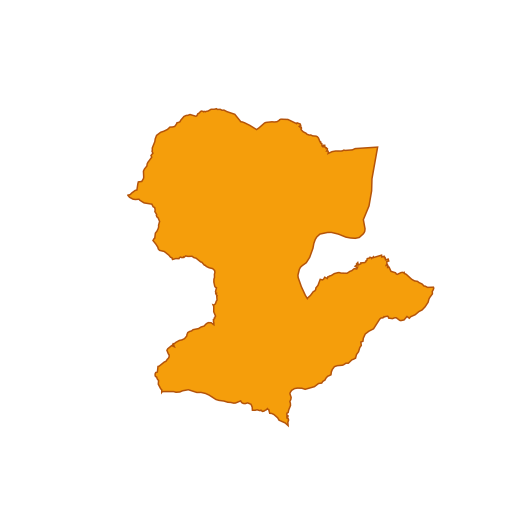 Bicaz, Neamt, Romania, rotated 45°
{"feature_id": "2599482B9857153102681", "entity_name": "Bicaz", "entity_type": "district", "adm_level": 2, "iso_a3": "ROU", "parent_name": "Romania", "parent_adm1": "Neamt", "projection": "orthographic", "projection_center": [26.06, 46.951], "detail": "fine", "context": "isolated", "style": "filled", "palette": "amber", "viewbox_px": 512, "rotation_deg": 45, "n_neighbors": 0, "source": "geoboundaries", "source_scale": "gbopen_adm2", "svg_char_len": 6169}
<svg xmlns="http://www.w3.org/2000/svg" viewBox="0 0 512 512"><g transform="rotate(45 256 256)"><path d="M398.6,353.2L396.2,351.2L395.0,348.9L393.6,348.2L392.6,348.7L392.2,348.5L391.5,347.8L392.2,347.2L391.8,346.4L390.3,346.7L389.0,345.3L389.4,343.9L388.0,341.8L386.1,337.3L384.3,335.7L382.9,335.1L382.0,332.7L380.8,331.1L377.3,329.4L376.7,328.3L376.2,325.8L377.0,322.5L378.8,320.0L381.9,317.1L385.0,315.5L389.7,307.1L390.4,301.9L392.3,299.4L391.9,297.5L392.5,294.8L391.9,293.3L391.7,290.5L393.0,287.0L390.9,284.2L390.9,283.7L390.2,282.4L389.7,278.8L391.0,276.1L394.2,272.3L394.8,271.1L395.4,268.2L397.1,266.5L397.2,261.7L398.2,259.4L398.2,258.6L398.7,258.0L396.7,254.6L396.2,251.2L394.1,247.3L393.7,244.8L391.0,242.7L391.9,240.7L390.0,238.2L388.4,233.9L389.0,229.3L390.6,224.4L388.1,213.1L388.3,211.3L389.5,210.0L389.4,208.4L390.1,208.1L390.1,207.6L391.6,205.5L392.3,205.4L393.7,206.1L396.8,203.8L397.7,201.7L398.8,200.5L403.1,199.9L404.1,199.3L405.9,196.5L405.5,192.0L408.4,191.6L408.3,189.6L410.1,184.9L410.5,180.0L411.6,176.7L411.5,172.4L410.4,167.0L408.8,164.3L408.2,162.5L407.5,158.0L405.7,156.4L405.2,154.5L404.4,153.0L403.5,152.6L399.5,156.9L396.9,157.7L396.2,158.4L393.1,158.4L389.8,159.6L388.2,159.7L385.7,161.5L382.5,162.4L375.2,162.7L373.4,163.4L372.5,162.9L372.5,163.4L371.4,163.7L370.3,165.1L368.9,169.1L368.0,169.5L366.5,169.2L362.3,171.4L358.0,169.8L357.2,171.1L356.2,170.2L356.4,169.7L355.1,169.2L354.6,170.4L353.9,168.8L352.4,167.4L353.4,165.7L351.6,164.7L350.3,167.1L348.6,165.9L348.3,165.8L348.0,166.3L346.8,165.6L345.7,167.7L344.2,166.6L340.2,174.0L339.6,173.6L339.5,175.8L339.0,175.5L337.5,176.3L337.8,177.0L336.5,179.2L337.4,180.5L337.2,181.7L337.7,182.2L337.5,183.8L335.0,186.8L335.6,187.3L334.7,190.0L332.6,188.7L332.7,190.6L333.7,191.0L333.3,193.2L335.1,192.9L335.7,192.1L336.4,193.9L334.4,195.5L334.1,198.7L333.3,200.3L332.6,203.8L328.2,208.0L326.5,208.9L325.8,209.7L323.8,213.1L323.0,216.7L322.0,218.4L322.2,219.2L321.5,219.9L322.3,221.5L319.6,222.4L320.2,224.6L319.9,225.9L317.9,227.1L320.6,233.0L320.9,236.2L322.0,237.6L322.2,239.4L321.7,240.6L322.4,245.4L322.2,248.9L322.4,249.8L318.9,249.0L309.7,245.6L301.0,241.4L299.2,239.9L296.1,234.8L295.4,232.5L295.5,230.1L296.3,225.2L294.9,219.0L290.8,210.3L288.0,206.2L286.2,202.4L285.5,199.5L285.7,195.3L289.9,188.8L292.6,186.0L298.7,182.3L306.2,179.1L310.0,176.5L313.7,173.3L315.9,169.9L316.2,164.6L315.9,162.9L315.4,161.6L313.9,159.7L306.2,154.4L300.5,140.7L291.7,128.2L283.4,119.4L265.0,93.0L250.2,109.9L249.1,112.8L244.6,118.1L243.2,119.1L242.8,120.5L241.8,121.8L238.1,125.4L236.0,128.4L234.5,132.5L234.1,131.7L232.8,130.9L231.7,131.8L231.5,130.8L230.7,129.7L229.8,129.8L229.5,130.3L229.1,129.8L227.6,130.3L226.3,129.1L225.4,130.0L225.6,130.3L226.3,130.2L226.6,130.9L226.1,131.5L224.8,131.5L223.0,130.0L221.9,130.4L221.0,129.6L220.5,130.0L216.7,128.4L215.0,128.3L213.7,128.8L211.1,131.0L209.2,131.7L208.1,132.9L205.8,133.9L204.6,133.8L201.5,134.8L199.2,134.8L197.9,134.4L197.8,133.5L196.9,132.9L195.8,133.8L194.9,133.8L195.3,132.1L193.9,131.4L190.9,132.8L191.1,133.7L182.0,136.9L176.9,141.6L176.3,143.0L176.5,143.6L175.9,146.2L174.2,148.3L172.4,149.8L168.6,154.5L168.0,155.9L167.5,163.4L167.0,166.2L159.3,168.0L153.7,169.9L151.5,170.9L150.4,171.8L140.8,170.8L133.3,174.5L130.2,175.5L128.9,177.0L127.1,177.5L125.0,179.7L123.9,179.8L122.7,181.8L120.5,184.0L119.6,187.4L118.3,189.3L118.2,189.9L117.2,190.3L116.9,191.2L116.3,191.2L114.8,192.2L114.6,193.7L114.8,194.6L114.3,196.7L115.0,198.5L114.7,199.7L109.3,202.6L108.3,204.8L107.3,205.9L106.4,208.3L106.8,213.4L107.3,214.6L107.1,215.6L105.9,217.8L106.5,219.0L106.9,221.9L105.6,224.0L104.0,225.7L103.9,229.1L102.6,232.9L101.1,235.9L100.4,241.0L101.9,244.4L103.6,246.7L106.3,253.0L108.0,254.6L108.3,255.4L110.4,256.2L110.7,259.2L112.3,259.8L112.5,260.4L113.3,266.0L113.9,267.8L115.2,269.5L115.6,273.3L116.4,275.6L120.9,279.7L121.7,280.9L122.5,284.1L120.4,286.8L121.4,288.5L125.1,293.5L124.2,295.1L123.6,299.1L123.6,301.5L122.4,303.6L122.6,303.7L125.1,303.9L128.8,302.8L130.8,301.3L133.1,298.6L134.6,298.7L139.3,297.6L145.7,293.0L148.4,293.9L150.1,293.4L152.1,294.7L153.1,296.1L156.4,296.9L156.8,297.7L158.2,298.4L159.6,298.2L163.4,299.7L165.3,303.1L166.6,304.3L167.4,305.7L168.4,308.5L168.7,311.0L171.8,315.0L171.6,315.6L172.2,317.9L176.8,318.4L180.4,319.2L181.9,320.1L183.8,320.2L187.9,317.7L193.8,317.0L196.4,317.3L197.8,316.7L199.4,317.5L201.1,314.5L203.4,312.4L203.1,311.2L203.4,310.1L204.7,309.6L205.5,308.6L205.4,307.9L206.0,307.9L206.2,305.7L208.2,304.4L211.0,301.4L213.1,301.1L215.2,299.9L221.1,299.3L222.1,298.7L226.0,299.0L226.5,298.5L228.2,298.5L231.1,297.5L234.2,295.6L237.0,295.5L238.6,296.7L239.5,298.3L241.8,300.5L242.6,302.1L244.6,304.2L248.1,306.5L249.2,306.8L250.5,306.4L252.6,309.9L253.7,310.4L253.9,310.9L254.4,311.0L254.6,310.6L255.0,311.4L256.7,311.6L256.7,312.2L259.6,314.7L259.9,316.1L261.1,318.5L260.9,320.6L260.2,320.9L261.9,321.6L265.5,325.3L269.9,327.1L270.1,328.1L270.7,329.0L270.4,329.3L270.9,330.0L271.0,331.4L271.7,331.6L272.3,332.5L273.0,332.7L274.8,334.4L271.5,334.9L269.5,336.7L269.0,337.9L268.7,340.0L268.9,342.1L267.3,345.2L266.7,347.9L263.6,352.6L263.4,354.6L262.4,356.3L261.9,358.4L262.8,360.5L263.6,361.5L263.9,365.0L262.9,367.8L261.5,369.9L260.4,373.7L260.2,376.0L259.4,376.5L259.8,377.6L261.0,377.4L262.4,377.9L259.7,379.0L259.2,384.0L259.7,385.7L263.2,387.2L264.6,387.4L265.9,388.8L266.4,390.5L266.3,391.6L266.8,394.1L266.1,395.9L265.4,402.4L264.8,403.4L268.0,407.4L268.3,408.0L267.5,409.3L268.1,410.8L269.3,411.9L270.2,412.3L271.2,411.8L273.0,412.7L275.2,413.0L277.5,415.7L282.5,417.3L284.0,417.3L285.7,419.0L285.6,418.4L286.6,417.1L293.5,410.2L295.8,408.9L298.3,406.0L299.4,403.2L302.7,398.4L310.7,394.3L313.6,391.3L317.5,388.9L321.2,387.5L329.1,385.8L331.9,384.3L335.8,381.3L339.4,379.4L341.7,377.4L344.3,375.8L345.5,374.4L347.6,369.3L349.4,369.8L351.2,369.3L352.7,368.1L353.9,365.8L357.3,364.4L360.1,365.5L362.5,367.6L364.4,365.8L365.5,364.0L368.2,362.5L368.5,361.5L370.4,361.4L371.3,360.1L371.6,358.5L372.0,357.7L372.0,355.9L372.6,356.1L373.6,355.6L376.9,357.5L378.5,356.2L380.9,355.4L385.8,355.1L388.4,355.8L394.7,353.4L398.6,353.2Z" fill="#f59e0b" stroke="#b45309" stroke-width="1.5"/></g></svg>